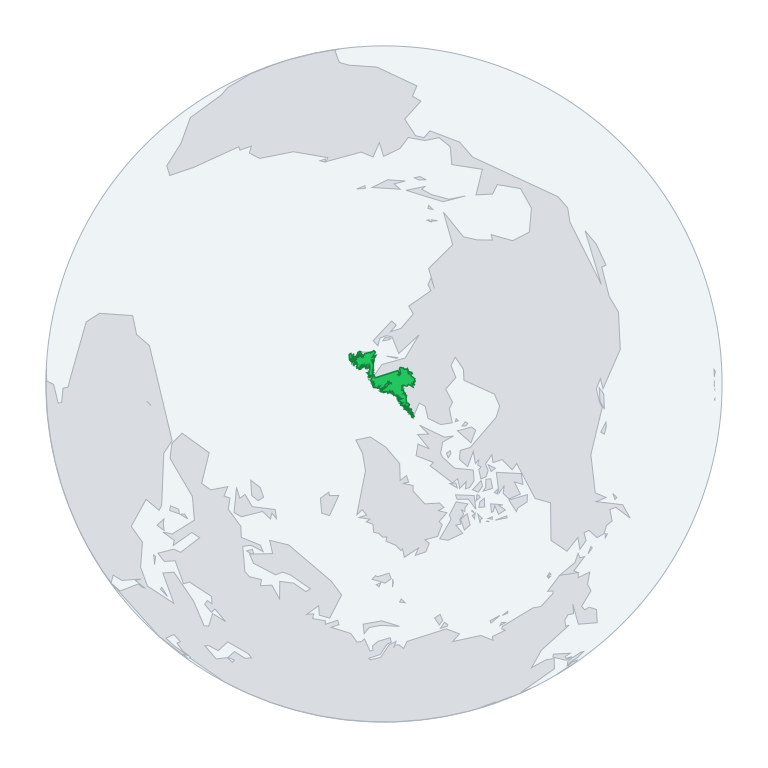 Newfoundland and Labrador highlighted on a globe, orthographic projection, rotated 161°
{"feature_id": "CAN-686", "entity_name": "Newfoundland and Labrador", "entity_type": "Province", "adm_level": 1, "iso_a3": "CAN", "parent_name": "Canada", "parent_adm1": "", "projection": "orthographic", "projection_center": [-58.847, 53.496], "detail": "fine", "context": "on_globe", "style": "filled", "palette": "green", "viewbox_px": 768, "rotation_deg": 161, "n_neighbors": 0, "source": "natural_earth", "source_scale": "10m", "svg_char_len": 16147}
<svg xmlns="http://www.w3.org/2000/svg" viewBox="0 0 768 768"><g transform="rotate(161 384 384)"><circle cx="384" cy="384" r="338" fill="#eef3f6" stroke="#a8b0b8"/><path d="M317.4,715.3L321.8,715.5L321.6,702.6L313.6,697.0L287.5,685.9L255.9,655.2L263.4,646.8L257.0,639.4L278.2,627.8L273.3,608.5L265.9,603.8L258.2,608.5L233.8,588.1L226.4,569.8L158.5,504.4L153.0,490.7L155.5,476.4L146.1,407.4L144.0,463.4L137.8,447.2L135.4,424.2L140.0,423.6L142.6,393.5L138.9,375.6L149.4,339.7L178.4,308.3L177.7,318.6L184.8,310.4L186.1,297.3L185.3,290.8L211.4,249.9L219.7,212.4L211.0,204.4L221.7,203.7L197.6,192.1L194.9,177.1L205.0,191.9L211.3,191.8L212.9,180.2L219.8,177.8L224.5,171.0L232.6,169.4L237.9,178.9L243.2,178.2L244.0,170.1L252.6,163.9L250.6,175.8L265.4,166.3L277.0,181.8L265.2,217.4L278.4,226.6L284.4,265.5L290.7,261.2L297.0,274.1L306.6,274.2L305.0,282.0L314.1,275.4L313.7,268.3L317.6,263.1L323.3,262.7L322.2,272.4L319.2,274.0L321.8,276.7L318.8,281.8L323.5,279.0L321.5,291.2L331.8,278.7L337.2,288.1L333.6,296.4L323.1,295.9L288.8,316.0L281.9,325.4L282.8,338.4L307.2,361.5L304.1,372.1L307.9,386.1L314.6,379.8L314.0,366.7L327.4,359.0L325.1,344.5L330.2,339.5L332.2,325.1L343.6,327.2L353.5,337.2L352.4,349.5L356.8,354.5L367.3,343.1L374.4,367.0L394.9,385.1L395.4,391.7L379.5,403.1L355.6,401.7L334.9,419.0L360.1,408.1L361.1,425.8L366.2,429.1L373.0,428.6L377.3,422.1L380.1,428.5L356.2,441.1L353.3,435.5L360.9,431.3L349.6,431.1L333.5,440.8L335.3,449.6L309.2,456.9L310.1,463.5L304.9,469.2L305.2,458.0L304.2,478.6L273.7,493.3L271.8,527.0L260.9,497.2L249.2,490.0L234.6,484.8L234.0,490.3L215.7,477.6L197.1,480.3L187.3,502.3L191.3,524.3L211.9,535.6L219.5,528.3L235.4,532.8L221.1,555.0L248.5,569.4L244.1,586.9L251.7,598.9L266.1,600.9L280.8,609.2L292.3,601.5L310.3,599.3L309.8,613.8L320.4,602.2L330.0,610.7L366.4,613.1L363.4,616.3L394.0,633.1L428.2,637.8L436.1,646.2L431.9,652.1L444.0,652.1L444.2,655.6L493.1,650.8L518.7,650.9L518.3,661.1L497.5,677.8L480.4,698.9L443.5,710.3L435.3,715.2L408.5,720.8L386.1,721.6L392.7,721.8L367.4,721.5L342.3,719.3L317.4,715.3ZM66.6,288.2L69.4,283.2L67.2,290.3L66.6,288.2ZM71.4,277.7L70.4,279.9L71.3,277.5L71.4,277.7ZM72.4,274.2L71.7,276.7L72.2,274.3L72.4,274.2ZM73.3,270.1L72.9,272.2L73.3,270.1ZM268.7,537.1L300.2,560.0L281.0,557.4L284.9,555.7L277.2,547.5L262.4,537.5L245.9,535.3L268.7,537.1ZM75.8,262.6L76.5,260.6L76.4,262.1L75.8,262.6ZM285.7,523.8L280.2,521.0L285.8,522.4L285.7,523.8ZM183.8,288.4L185.4,297.4L181.7,310.4L179.5,303.1L183.8,288.4ZM192.0,264.8L194.7,267.9L186.6,275.7L187.6,271.5L192.0,264.8ZM203.2,199.7L203.2,205.9L200.8,200.8L203.2,199.7ZM223.7,170.4L221.5,169.5L224.9,166.5L223.7,170.4ZM325.8,325.0L328.9,325.1L327.0,327.7L325.8,325.0ZM323.8,318.9L319.3,321.9L317.6,319.5L320.4,317.7L323.8,318.9ZM240.4,161.3L246.5,157.0L241.2,163.0L240.4,161.3ZM329.8,315.8L315.2,314.8L312.4,310.5L320.9,300.1L329.8,315.8ZM250.6,155.5L265.3,145.5L261.7,142.4L280.2,145.9L261.6,153.0L255.6,160.7L255.4,155.8L250.6,155.5ZM311.2,266.3L311.8,273.8L306.1,268.0L311.2,266.3ZM306.6,263.9L283.4,254.7L285.3,243.8L292.6,248.9L290.9,235.5L303.2,234.7L307.0,241.8L303.3,248.9L310.8,243.3L306.6,263.9ZM288.1,149.8L292.4,149.0L288.8,151.7L288.1,149.8ZM318.7,260.7L313.9,259.6L315.2,250.0L325.1,250.4L321.5,253.3L318.7,260.7ZM284.4,232.7L287.1,225.9L297.9,223.2L300.4,220.3L303.7,233.7L284.4,232.7ZM324.1,255.3L330.1,251.0L334.7,255.2L323.6,261.1L324.1,255.3ZM311.3,247.4L312.4,242.9L315.0,245.5L311.3,247.4ZM354.2,268.5L348.3,267.0L348.5,261.8L354.2,268.5ZM332.1,249.1L330.5,247.7L329.9,245.6L334.8,243.7L332.1,249.1ZM311.0,231.1L314.9,231.6L310.2,225.5L318.1,223.5L318.9,233.0L321.8,228.1L324.2,227.6L322.2,236.0L311.0,231.1ZM337.9,235.6L341.6,247.5L352.4,251.2L352.5,255.9L335.1,249.2L337.9,235.6ZM328.8,235.0L334.5,236.4L331.8,241.3L326.3,243.4L328.8,235.0ZM323.1,219.0L310.9,219.4L311.1,217.4L323.1,219.0ZM341.6,235.7L340.6,232.8L342.6,235.4L341.6,235.7ZM329.4,222.9L325.0,223.3L325.4,220.9L329.4,222.9ZM342.3,227.0L343.4,230.8L339.8,232.2L342.3,227.0ZM336.8,224.4L338.4,221.1L337.7,230.5L334.8,224.9L336.8,224.4ZM330.5,220.7L329.3,219.4L332.2,220.9L330.5,220.7ZM355.6,219.7L355.6,231.2L347.5,234.3L348.5,222.6L355.6,219.7ZM357.3,47.1L357.1,47.2L367.5,46.6L365.1,47.1L384.5,46.4L381.8,47.1L398.2,46.8L394.5,46.3L378.4,46.2L384.1,46.1L409.4,47.0L434.5,49.9L459.4,54.6L483.8,61.1L507.6,69.5L530.8,79.6L553.1,91.4L574.5,104.9L594.8,119.9L614.0,136.4L631.9,154.3L633.3,156.2L657.0,188.5L655.8,188.8L661.3,197.2L664.1,206.5L660.4,206.7L664.2,215.5L672.8,214.7L668.2,205.6L657.9,191.0L661.7,194.1L658.3,187.2L678.6,218.4L706.1,283.4L701.0,274.2L681.7,274.9L677.9,269.7L677.5,269.5L676.7,269.1L683.0,279.1L677.0,278.7L695.8,283.6L702.3,291.5L706.6,285.0L708.1,289.8L707.2,285.4L704.6,277.3L711.3,300.1L716.4,323.2L719.9,346.7L721.6,370.3L721.8,394.0L720.2,417.7L717.0,441.2L712.2,464.4L705.8,487.2L697.7,509.5L699.2,505.9L701.9,496.6L696.5,491.2L698.3,472.0L694.8,471.5L688.8,484.6L683.7,483.9L679.3,490.8L645.4,539.6L629.9,543.4L599.4,530.5L601.8,511.3L593.3,496.7L602.8,399.4L614.8,390.2L633.7,341.7L637.8,337.8L646.5,352.4L669.4,331.7L663.9,313.1L673.8,290.0L673.4,269.9L654.1,245.0L654.6,277.3L643.9,274.4L634.8,241.1L632.8,214.0L628.6,212.1L620.8,222.8L611.1,210.8L617.1,226.3L621.5,224.3L625.3,234.2L621.5,236.7L618.2,232.1L616.2,239.3L632.4,260.1L638.6,260.4L639.0,284.8L649.5,287.8L652.9,297.6L636.5,296.3L631.1,291.0L608.3,298.7L614.1,306.2L635.9,299.9L633.2,304.6L641.2,315.9L633.0,311.1L607.6,317.0L601.8,340.0L610.5,383.5L603.8,396.9L590.9,403.2L571.7,375.9L588.8,349.4L582.3,340.3L565.1,337.8L571.7,330.2L566.8,326.3L572.0,316.3L565.7,295.9L568.9,285.5L553.4,271.9L552.9,265.0L562.2,274.8L570.4,276.5L576.6,252.0L574.0,245.6L563.5,239.0L566.5,233.5L555.5,230.3L552.7,214.7L546.8,231.3L534.3,225.1L525.5,213.1L520.3,214.3L534.6,233.9L541.2,239.2L548.6,238.8L565.8,257.0L566.5,266.9L544.5,259.8L543.0,273.4L526.5,262.8L498.1,214.8L492.8,198.3L511.6,180.4L520.4,186.5L517.9,195.6L532.2,191.3L525.3,189.6L527.8,185.4L516.4,179.1L517.7,175.9L504.6,175.7L504.9,171.1L513.2,171.2L496.6,158.9L493.6,148.8L489.2,147.7L485.4,149.4L484.2,136.0L481.1,135.8L480.2,140.0L473.4,142.6L460.8,142.1L461.1,137.5L465.7,137.0L475.7,129.5L487.8,129.6L486.6,127.7L476.2,126.6L464.0,135.7L456.3,136.7L460.9,131.5L458.7,133.5L454.9,132.6L451.5,127.6L446.0,133.1L404.8,132.2L394.1,123.2L402.8,118.1L374.3,114.7L364.4,106.2L363.7,109.9L349.6,111.7L352.5,114.3L351.0,116.3L316.0,123.8L308.0,122.5L292.1,131.2L291.7,133.3L296.8,134.7L280.2,145.9L261.7,142.4L263.5,137.7L250.7,139.2L256.7,128.6L255.7,121.0L269.6,109.4L267.6,105.0L262.8,106.2L256.5,101.6L260.1,88.9L278.4,93.6L277.1,114.5L279.5,105.1L285.3,105.9L290.0,101.8L291.1,95.7L287.4,95.8L321.6,81.2L336.9,67.7L320.5,70.5L312.5,69.0L315.5,59.3L355.1,47.9L344.9,48.4L345.2,48.3L357.3,47.1ZM611.3,439.4L613.9,444.7L613.9,444.8L611.3,439.4ZM638.6,194.7L632.2,178.7L621.3,176.3L617.9,170.2L615.4,171.8L620.5,176.2L612.5,179.7L604.7,169.9L598.4,168.1L600.3,173.4L615.8,191.1L627.5,185.8L634.8,193.6L638.6,194.7ZM367.6,613.0L371.9,615.9L366.0,615.8L367.6,613.0ZM277.7,563.4L284.6,565.6L288.1,569.0L282.6,568.5L277.7,563.4ZM338.0,575.0L346.3,577.3L337.4,577.7L338.0,575.0ZM305.3,562.9L331.3,573.7L314.0,575.9L297.7,569.0L309.3,569.9L305.3,562.9ZM281.1,533.2L285.3,535.6L283.6,538.4L281.1,533.2ZM289.9,524.8L288.1,524.7L286.3,521.4L289.9,524.8ZM362.5,425.0L364.5,424.2L371.1,425.2L367.5,427.8L362.5,425.0ZM403.7,412.6L407.3,423.3L402.2,417.2L397.9,422.6L381.7,416.9L394.9,394.8L391.8,405.6L403.7,412.6ZM363.8,404.1L372.6,409.6L362.5,404.5L363.8,404.1ZM534.7,316.2L540.9,314.6L545.4,321.6L541.3,336.4L534.7,326.3L534.7,316.2ZM548.5,310.9L527.8,300.8L529.5,291.7L532.1,298.4L535.3,293.4L540.3,303.0L562.1,304.9L567.6,311.3L557.1,334.2L557.5,322.9L551.4,324.9L548.5,310.9ZM472.0,296.3L463.1,293.3L478.3,277.3L484.9,282.1L481.3,296.7L471.4,299.7L472.0,296.3ZM347.5,298.3L343.1,299.3L343.4,296.4L347.3,293.3L347.5,298.3ZM351.4,268.2L367.0,291.6L362.8,293.8L377.0,305.7L371.4,316.2L362.3,307.9L368.6,325.3L358.2,322.1L363.7,333.4L344.2,314.0L335.1,312.2L347.4,310.1L352.9,300.4L352.5,295.8L344.6,281.4L327.6,273.6L330.3,263.3L336.8,258.2L341.2,258.5L338.1,264.9L346.3,260.7L345.2,270.4L351.4,268.2ZM410.3,211.7L404.8,217.7L421.2,213.5L420.1,222.0L422.1,221.0L425.6,227.9L433.3,234.7L431.2,238.5L435.1,239.6L437.5,244.4L442.1,247.2L440.1,255.1L445.6,259.4L441.4,260.8L451.5,266.1L443.1,265.7L445.4,272.3L452.3,269.2L429.8,307.8L426.8,325.2L428.9,340.2L414.2,338.4L402.8,323.6L395.1,303.6L400.1,287.5L392.5,290.0L392.7,283.1L398.6,284.0L389.6,278.6L391.3,273.3L384.4,257.3L370.3,253.4L367.5,247.7L373.8,246.6L366.5,241.8L376.6,236.0L374.8,232.0L382.8,222.5L396.1,223.3L393.1,218.7L399.1,211.7L410.3,211.7ZM358.2,217.2L374.4,215.4L381.7,219.4L364.6,234.3L364.9,238.8L354.1,249.1L343.7,243.2L347.7,240.7L349.2,237.0L351.9,240.3L350.9,234.9L356.4,231.5L357.1,226.5L362.1,227.2L358.2,217.2ZM636.0,328.0L638.0,324.2L639.6,317.1L644.6,324.4L636.0,328.0ZM618.9,332.4L619.8,327.9L627.8,334.1L625.6,338.4L618.9,332.4ZM613.5,320.5L619.2,327.2L614.9,326.1L613.5,320.5ZM562.3,270.6L562.4,265.9L565.0,266.7L568.1,270.9L562.3,270.6ZM458.8,203.3L454.5,205.6L452.8,203.9L440.8,203.5L440.6,197.5L447.8,195.4L458.8,203.3ZM658.0,253.6L662.1,262.8L660.4,264.1L659.4,260.7L658.0,253.6ZM656.1,295.3L659.7,288.0L657.4,297.4L656.1,295.3ZM456.6,196.7L451.7,197.1L454.7,193.9L456.6,196.7ZM439.9,193.1L442.2,189.1L439.2,196.7L439.9,193.1ZM448.2,149.8L465.2,156.7L477.3,158.6L484.0,154.4L481.9,163.7L463.2,160.8L448.2,149.8ZM410.2,134.6L404.4,139.0L402.0,135.7L403.0,134.3L410.2,134.6ZM410.2,138.2L412.3,146.3L405.9,147.9L405.5,141.2L410.2,138.2ZM435.2,170.3L440.2,172.7L437.7,175.2L435.2,170.3ZM314.9,53.2L311.9,54.0L300.8,57.0L301.6,57.9L296.4,59.9L291.3,60.1L293.6,58.4L296.7,57.5L314.9,53.2ZM302.5,58.2L299.9,62.7L285.1,66.3L282.4,66.1L289.8,62.4L297.2,60.6L302.5,58.2ZM295.0,65.0L302.0,63.6L313.2,70.8L311.8,73.4L295.6,68.8L301.4,67.4L301.3,65.3L295.0,65.0ZM291.6,146.6L292.3,148.8L289.0,148.0L291.6,146.6ZM353.0,117.8L350.5,120.4L346.7,119.0L353.0,117.8ZM341.5,127.0L347.5,126.7L341.1,128.9L341.5,127.0ZM360.9,125.7L349.8,127.4L360.6,123.1L360.9,125.7Z" fill="#d9dde1" stroke="#a8b0b8" stroke-width="1"/><path d="M367.4,343.3L367.8,343.7L367.1,343.3L366.7,343.6L367.8,344.1L366.4,345.1L367.8,344.3L367.3,345.6L368.3,344.9L367.9,346.5L368.2,347.0L368.9,347.2L368.6,347.2L368.2,348.0L369.4,348.0L368.4,348.7L370.4,349.5L370.1,350.4L368.5,350.6L368.3,350.9L371.0,350.8L370.4,351.0L370.9,351.6L370.4,352.0L371.3,351.8L371.6,352.7L371.2,352.9L371.8,353.1L369.9,353.9L370.2,354.3L369.3,355.2L372.6,354.4L371.4,355.8L372.2,356.1L370.8,356.2L370.0,357.1L372.8,356.1L372.6,356.8L373.2,357.0L372.5,357.1L372.0,357.5L373.7,357.4L373.7,358.4L374.4,359.4L372.3,360.1L374.3,360.7L373.9,361.7L376.0,362.7L376.0,363.5L375.5,363.3L374.1,364.3L374.8,365.4L372.2,364.3L373.5,364.0L371.9,364.2L374.7,365.7L373.2,366.3L375.0,367.4L373.4,367.2L375.8,367.8L375.4,368.7L376.1,368.8L375.2,369.0L377.8,370.2L377.0,370.7L378.2,370.2L377.9,371.7L379.1,370.5L378.4,371.4L379.1,372.0L378.6,372.4L378.5,373.0L379.1,372.2L379.5,372.6L377.8,375.1L380.9,373.2L380.2,374.4L382.0,374.3L381.0,375.3L380.3,376.6L382.9,373.7L382.2,375.3L383.4,374.2L383.8,376.0L389.1,377.5L388.2,378.7L381.5,380.7L385.6,379.7L379.5,382.3L379.5,383.8L377.0,381.9L376.8,382.6L379.7,383.9L378.5,384.8L379.5,385.3L380.4,383.7L383.4,382.7L384.0,381.3L387.6,380.6L385.7,379.8L388.8,379.8L390.2,382.0L388.5,383.4L389.4,383.4L389.2,384.3L390.5,382.5L392.2,382.1L391.4,382.8L394.0,383.5L393.0,383.5L395.0,385.8L393.5,386.6L394.8,387.6L393.6,387.8L395.1,388.9L392.4,389.2L395.5,389.9L393.5,390.0L395.3,390.8L395.4,391.9L390.6,396.2L390.3,392.7L366.3,392.2L366.3,390.3L365.2,389.3L367.8,388.5L367.1,387.2L365.0,388.1L364.2,393.6L363.2,394.4L360.4,392.8L359.9,391.1L358.2,391.2L357.3,389.6L356.8,390.5L356.6,389.4L357.6,386.4L357.2,385.3L355.8,387.2L354.0,385.9L353.9,384.5L355.2,384.8L355.8,382.9L353.1,378.9L353.8,378.0L353.6,376.6L354.5,375.7L355.3,376.5L356.0,375.4L355.2,372.9L357.3,375.2L357.5,371.7L360.8,375.7L362.9,374.5L366.8,376.9L367.4,376.6L366.8,375.8L367.2,374.9L367.9,375.2L368.7,373.2L367.8,373.0L369.0,372.4L367.6,371.8L368.0,370.9L367.5,369.2L368.9,368.6L367.0,368.2L367.5,367.4L366.7,366.1L367.6,366.1L366.9,364.4L367.8,363.5L368.5,359.5L369.1,358.7L367.6,358.2L366.6,356.3L368.7,354.1L368.0,352.9L369.8,352.5L365.7,351.2L367.5,350.9L366.9,349.8L367.6,348.0L366.5,348.2L366.0,347.3L366.9,345.5L366.3,345.2L366.2,344.7L367.1,344.3L366.5,343.4L367.4,343.3ZM408.7,418.1L407.4,423.2L405.4,423.7L405.2,420.2L402.8,422.6L404.1,419.0L402.8,416.5L402.1,416.3L401.7,419.0L400.9,419.6L401.6,418.1L400.0,419.3L398.5,422.3L396.5,422.8L395.5,422.2L400.5,417.8L397.6,417.7L397.7,419.0L397.0,419.6L396.7,419.4L397.0,418.9L396.8,418.7L395.7,419.4L396.3,418.5L394.7,419.1L396.8,418.0L395.6,418.1L396.3,416.5L396.1,416.3L395.1,417.9L394.7,417.1L394.6,418.3L394.1,417.6L392.2,419.0L386.0,418.4L386.3,417.8L382.8,418.9L381.8,417.0L386.2,413.3L382.4,413.6L384.3,411.8L383.6,412.7L384.5,413.0L385.7,409.7L385.9,410.1L386.4,410.0L387.0,410.6L387.7,410.6L386.7,409.7L387.6,409.7L387.8,409.4L387.0,409.6L387.5,409.0L386.4,408.3L387.2,407.2L388.4,407.7L387.4,406.5L389.6,401.0L390.2,401.0L390.3,400.8L389.4,400.4L391.1,399.1L390.5,398.5L391.2,398.5L391.8,396.7L394.8,394.8L394.9,395.6L395.9,395.6L395.4,395.2L395.8,394.9L396.6,395.1L396.0,396.6L394.1,396.3L395.5,398.0L394.3,400.2L394.0,399.2L394.3,400.5L392.8,402.2L391.4,406.0L391.6,407.2L394.3,403.5L394.1,404.9L396.8,404.5L394.8,405.8L394.3,406.9L395.5,406.2L394.4,407.8L396.7,407.3L396.6,408.1L397.3,407.2L397.6,408.3L397.5,407.0L398.0,407.1L397.9,407.0L398.1,406.9L397.4,409.9L398.4,408.0L398.7,408.7L399.4,407.6L399.5,408.4L400.7,406.8L400.8,408.4L402.4,407.0L404.6,408.0L404.3,409.4L402.0,411.2L403.4,410.8L402.7,411.3L403.1,412.0L404.4,411.6L402.3,413.5L404.2,412.4L404.5,413.2L406.4,411.3L406.8,412.2L404.5,414.6L403.3,414.3L403.3,414.7L403.4,415.2L404.4,415.3L403.5,415.6L404.6,415.3L404.0,417.0L403.7,416.6L403.4,416.6L405.0,418.3L405.9,415.4L407.3,414.4L406.2,418.1L406.8,418.9L407.7,417.8L408.0,416.5L408.7,418.1ZM374.9,364.7L376.0,363.6L375.2,364.5L375.8,364.5L375.8,365.4L374.9,364.7ZM386.1,375.9L387.4,376.1L387.4,376.3L386.8,376.5L386.3,376.5L386.1,375.9ZM401.5,406.5L401.4,405.6L402.6,405.9L402.5,406.0L401.5,406.5ZM404.3,414.7L404.6,415.1L403.6,415.1L403.3,414.5L404.3,414.7ZM376.2,368.5L377.1,369.0L376.3,368.9L376.2,368.5ZM375.5,365.8L376.5,366.5L374.9,366.1L375.5,365.8ZM399.7,407.1L399.1,406.6L400.5,406.3L399.7,407.1ZM374.1,359.7L374.7,360.2L374.0,360.1L374.1,359.7ZM375.5,366.7L375.0,367.1L374.4,366.6L375.5,366.7ZM368.5,346.0L368.8,346.6L368.1,346.6L368.5,346.0ZM375.2,360.7L374.5,360.7L374.3,360.5L375.0,360.0L374.5,360.6L375.2,360.7ZM374.3,357.8L373.8,358.3L373.8,358.2L374.3,357.8ZM374.4,358.6L374.7,358.2L375.2,358.5L374.9,359.0L374.4,358.6ZM402.7,417.7L402.4,419.2L401.9,419.3L402.7,417.7ZM394.1,384.1L394.8,383.9L394.9,384.1L394.1,384.1ZM396.0,399.7L396.4,400.1L396.0,400.1L396.0,399.7ZM394.9,418.3L395.6,418.2L395.8,418.4L394.9,418.3ZM377.2,369.9L377.9,369.6L377.7,369.8L377.2,369.9ZM376.8,365.4L376.5,365.0L376.8,365.4L376.8,365.4ZM396.9,392.7L396.4,393.2L397.0,392.5L396.9,392.7ZM390.4,382.2L391.0,382.1L390.4,382.2ZM394.6,386.5L394.9,386.2L394.9,386.5L394.6,386.5ZM389.1,377.7L389.4,378.0L389.1,378.0L389.1,377.7ZM395.9,398.7L396.3,399.1L396.0,399.0L395.9,398.7ZM395.9,406.8L396.5,406.7L396.1,406.9L395.9,406.8ZM390.1,383.1L390.0,382.7L390.3,382.6L390.1,383.1ZM399.9,407.1L399.9,407.6L399.7,407.5L399.9,407.1ZM402.9,418.7L402.9,417.5L403.0,418.8L402.9,418.7ZM407.1,417.7L407.5,417.5L407.1,417.8L407.1,417.7ZM395.9,407.2L396.2,406.9L396.2,407.0L395.9,407.2ZM367.6,343.0L367.7,343.4L367.5,343.2L367.6,343.0ZM394.6,386.7L394.9,386.8L394.8,387.0L394.6,386.7ZM394.5,388.1L394.8,388.0L394.8,388.3L394.5,388.1ZM402.5,419.5L402.6,419.2L402.7,419.3L402.5,419.5ZM395.5,403.1L395.8,403.0L395.5,403.1ZM389.9,399.8L390.1,399.6L389.9,399.8ZM396.0,420.4L395.7,420.4L395.8,420.3L396.0,420.4ZM389.1,379.4L389.3,379.3L389.3,379.6L389.1,379.4ZM389.3,378.2L389.5,378.1L389.7,378.3L389.3,378.2ZM400.1,420.2L400.3,420.2L400.1,420.4L400.1,420.2ZM395.2,403.2L395.4,403.2L395.2,403.2L395.2,403.2Z" fill="#22c55e" stroke="#15803d" stroke-width="1.5"/></g></svg>